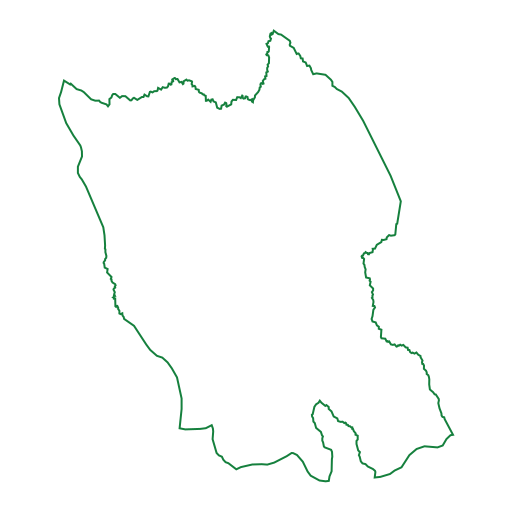 the district of Ku Kaeo, Udon Thani, Thailand
{"feature_id": "78962969B3377071632893", "entity_name": "Ku Kaeo", "entity_type": "district", "adm_level": 2, "iso_a3": "THA", "parent_name": "Thailand", "parent_adm1": "Udon Thani", "projection": "equal_earth", "projection_center": [103.169, 17.167], "detail": "fine", "context": "isolated", "style": "outline", "palette": "green", "viewbox_px": 512, "rotation_deg": 0, "n_neighbors": 0, "source": "geoboundaries", "source_scale": "gbopen_adm2", "svg_char_len": 5936}
<svg xmlns="http://www.w3.org/2000/svg" viewBox="0 0 512 512"><path d="M273.8,30.7L272.6,34.1L271.4,34.7L271.2,33.2L270.5,33.6L269.8,36.3L270.2,37.8L271.0,38.6L270.3,40.8L268.5,41.2L267.9,43.2L266.5,43.9L267.8,46.7L268.9,46.5L269.1,46.9L268.8,51.3L268.4,51.9L267.4,52.0L267.2,53.5L266.3,54.4L266.7,55.2L268.3,55.3L269.1,57.4L268.9,63.2L267.6,64.7L268.1,66.4L267.2,67.9L267.2,70.1L267.8,71.6L266.3,72.4L266.5,76.0L265.1,76.4L265.4,78.7L264.0,79.3L262.8,81.0L263.5,83.6L262.7,83.9L261.4,83.1L260.8,83.4L260.4,84.6L260.8,86.7L259.7,87.5L259.4,89.8L258.1,92.1L255.0,95.5L254.9,97.3L253.1,100.3L252.9,102.2L252.0,101.6L251.9,99.3L250.2,100.2L248.3,99.5L247.8,99.0L247.5,97.0L246.1,96.4L245.6,96.5L245.1,98.3L243.5,98.6L242.7,97.8L242.6,95.9L242.2,95.6L240.8,98.1L239.5,97.3L237.2,97.2L236.1,100.0L232.9,99.8L231.5,101.5L231.2,104.4L226.9,106.7L226.2,106.1L226.5,104.4L226.2,103.1L225.1,102.6L224.0,104.6L221.6,105.6L221.1,108.7L219.7,108.9L217.2,107.7L215.8,102.4L213.5,101.4L212.6,99.3L211.3,99.6L210.6,101.8L208.2,99.6L206.7,100.8L205.9,100.8L205.7,95.8L204.3,95.3L203.8,94.4L202.6,94.3L201.8,93.3L199.6,92.6L198.9,91.8L198.7,89.8L195.7,89.0L195.4,86.8L194.7,85.9L192.5,86.4L192.3,84.8L191.6,84.0L192.1,81.9L191.8,81.3L189.0,80.3L187.5,80.7L186.4,79.6L183.6,81.3L183.5,83.6L182.9,84.1L181.5,81.9L179.5,82.4L177.5,79.0L175.9,79.2L175.2,78.2L174.6,78.0L172.2,79.5L172.2,80.0L173.1,80.6L173.2,81.3L171.6,82.2L171.4,84.4L170.6,84.7L169.4,83.6L168.7,83.6L168.0,86.4L166.9,87.6L164.9,87.8L162.7,87.2L161.1,89.6L158.1,87.9L157.5,90.6L156.9,91.1L154.2,91.2L152.5,92.4L150.7,91.6L149.9,91.9L148.4,96.4L147.1,96.3L144.5,94.6L143.5,97.0L141.9,97.0L137.3,99.9L134.0,97.8L132.9,98.4L131.4,100.3L130.2,100.4L125.4,96.2L122.1,96.1L119.9,97.8L115.3,94.0L113.2,94.0L112.2,95.2L111.4,97.5L109.4,99.1L109.5,104.3L108.0,106.3L106.5,104.4L101.4,102.7L100.0,101.8L99.1,100.6L95.3,100.7L91.1,99.3L83.8,92.1L81.3,90.5L76.6,89.1L70.8,83.7L70.2,84.5L64.0,80.6L61.1,92.0L59.0,98.1L59.4,104.3L66.2,123.1L73.4,135.5L80.3,145.5L81.0,147.4L81.9,151.3L82.0,156.5L77.9,166.7L77.9,173.0L79.8,176.9L81.8,179.4L86.0,186.6L103.3,227.3L104.5,235.3L105.1,245.6L104.9,248.7L105.4,249.3L105.4,252.2L106.4,256.0L106.2,257.8L105.1,259.1L105.1,260.3L103.7,262.2L103.6,263.0L104.2,263.8L104.7,267.6L107.6,269.0L107.1,272.5L111.5,277.0L110.8,278.9L111.5,279.4L111.5,280.8L112.5,282.5L115.2,284.2L115.6,285.4L114.8,286.4L115.2,287.6L113.8,288.6L113.5,289.6L114.8,292.2L114.2,294.1L114.9,295.8L113.9,295.7L113.8,296.9L113.2,297.4L113.9,297.7L113.9,298.6L115.2,298.5L115.4,306.3L116.0,306.8L116.4,305.9L117.3,305.9L118.2,307.8L118.1,308.9L119.4,310.8L119.4,313.5L120.6,314.1L122.3,313.3L122.5,315.5L123.7,317.0L124.1,318.9L134.0,325.8L146.3,344.6L150.2,349.9L156.9,355.8L162.3,357.6L167.6,362.4L171.8,368.3L177.0,377.4L181.6,398.5L181.6,409.0L179.6,428.3L185.3,429.4L200.2,428.9L205.8,428.2L211.7,425.2L212.9,428.5L213.2,431.4L212.6,439.2L216.6,453.0L218.9,455.4L221.9,456.7L223.3,459.7L225.6,462.2L228.4,463.2L236.3,469.3L240.9,467.1L252.3,464.5L261.7,464.2L267.3,464.6L274.2,462.6L286.7,456.2L291.6,453.0L293.1,453.1L297.0,455.0L302.8,461.7L307.6,471.5L310.7,475.7L319.5,480.5L325.6,481.3L328.8,480.9L329.5,476.4L331.6,471.3L331.9,459.0L332.3,456.8L332.0,451.8L331.1,449.8L324.8,447.4L323.9,446.5L323.1,442.4L322.3,440.6L322.3,438.3L322.9,436.4L322.0,435.3L320.9,431.9L316.1,427.9L314.8,423.1L313.4,421.6L313.1,418.1L312.1,416.5L311.9,414.8L312.7,414.2L314.4,406.8L316.1,404.3L318.5,402.8L319.8,400.7L321.4,402.7L325.3,405.9L326.4,405.1L328.7,407.0L328.7,408.9L331.5,411.4L333.7,416.5L337.3,418.4L338.1,421.1L340.7,421.9L342.6,421.7L344.3,423.1L345.3,422.6L346.1,423.2L346.4,424.7L347.9,424.9L348.5,426.1L350.1,426.3L351.4,427.5L352.2,427.4L352.3,428.8L352.9,428.7L353.8,431.1L355.7,433.4L355.5,434.7L357.7,435.7L357.7,439.5L356.5,440.9L356.5,444.0L358.2,450.4L359.9,452.1L358.9,455.2L359.7,456.7L360.8,461.3L362.5,463.4L365.5,464.1L367.8,466.5L372.9,469.0L375.0,470.8L375.4,472.0L374.7,477.5L380.3,476.9L390.0,474.0L394.7,470.5L401.5,467.3L409.4,455.1L416.6,449.0L424.5,446.3L437.5,447.4L442.7,445.5L446.5,439.0L450.5,435.2L453.0,434.8L444.7,419.2L444.2,417.3L442.5,416.9L441.6,415.6L441.4,413.3L439.5,408.3L438.3,403.1L438.9,400.4L438.7,398.9L435.8,394.5L434.6,394.3L433.1,392.2L429.9,389.5L429.2,384.4L429.3,379.3L428.9,376.9L428.3,375.2L426.7,374.0L426.7,372.3L426.0,370.7L423.9,368.8L424.0,365.6L423.2,364.0L422.3,363.9L422.0,362.1L422.5,360.6L420.6,357.3L420.5,356.0L418.2,354.7L416.4,352.5L414.5,353.6L412.6,352.6L411.8,353.1L410.8,352.6L410.1,352.0L409.4,350.0L408.0,349.9L407.6,347.7L405.7,347.4L403.3,344.9L401.6,345.6L400.2,344.7L398.9,345.7L398.2,345.3L397.4,346.3L396.5,346.6L394.6,344.4L392.9,344.9L390.9,344.4L389.2,341.4L388.1,341.9L387.6,341.1L386.6,341.4L385.3,338.7L381.5,338.3L380.9,337.0L381.4,329.7L378.8,328.8L378.8,326.7L376.9,325.4L375.7,322.4L372.5,321.5L371.6,319.0L372.5,316.2L373.4,309.7L375.0,307.5L374.4,306.0L372.8,305.9L373.5,301.9L373.2,299.9L371.9,297.9L372.5,297.3L372.4,295.7L373.0,294.6L371.9,292.1L373.1,290.4L373.1,288.5L369.8,285.3L370.6,281.7L369.6,280.7L370.0,279.3L369.7,278.3L366.1,277.5L365.2,272.4L365.6,269.3L364.7,267.0L364.4,264.8L363.5,263.6L364.1,259.0L363.4,258.1L362.1,257.9L361.6,256.3L362.1,255.7L362.9,255.7L363.9,253.4L364.8,253.2L365.6,252.1L366.6,252.9L367.6,253.0L368.0,254.2L368.9,254.3L369.6,253.0L372.5,252.2L372.9,249.9L372.7,248.8L375.0,248.6L376.8,244.8L381.3,242.1L381.9,239.8L383.5,240.0L386.5,239.2L386.8,237.4L389.1,235.1L390.9,235.7L394.6,235.2L395.3,234.4L396.3,224.1L397.2,223.7L400.8,201.3L390.6,175.8L363.2,120.9L354.8,106.9L348.7,98.0L341.8,91.6L336.8,89.0L334.8,87.0L332.4,85.8L332.4,81.9L330.9,79.7L325.5,74.8L316.6,73.4L313.2,74.2L311.2,70.0L310.9,68.2L309.4,65.6L307.1,66.0L305.7,62.5L303.0,61.4L302.6,58.5L300.8,58.3L300.3,56.0L298.7,53.6L298.1,53.4L296.7,54.0L293.7,47.9L289.9,45.7L289.7,44.8L290.4,42.7L289.8,40.8L281.1,34.6L278.4,34.1L273.8,30.7Z" fill="none" stroke="#15803d" stroke-width="2"/></svg>